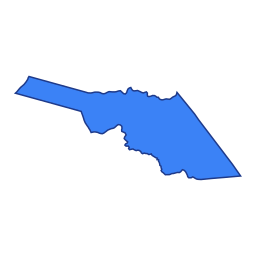 the district of Santo Antônio do Tauá, Pará, Brazil
{"feature_id": "56859067B37028774968371", "entity_name": "Santo Antônio do Tauá", "entity_type": "district", "adm_level": 2, "iso_a3": "BRA", "parent_name": "Brazil", "parent_adm1": "Pará", "projection": "mercator", "projection_center": [-48.203, -1.096], "detail": "fine", "context": "isolated", "style": "filled", "palette": "blue", "viewbox_px": 256, "rotation_deg": 0, "n_neighbors": 0, "source": "geoboundaries", "source_scale": "gbopen_adm2", "svg_char_len": 2261}
<svg xmlns="http://www.w3.org/2000/svg" viewBox="0 0 256 256"><path d="M91.1,132.5L93.5,132.0L94.9,131.9L96.7,132.2L98.0,132.5L99.2,133.1L101.0,133.6L102.4,133.7L103.8,133.1L106.4,131.2L107.6,130.2L109.4,129.4L111.1,128.7L113.1,128.3L114.3,127.8L115.7,126.6L117.0,125.4L118.2,124.6L120.3,124.9L121.8,126.3L122.0,128.4L121.6,129.9L121.8,131.4L125.0,132.8L126.1,134.9L124.6,137.1L124.2,138.6L125.2,139.7L126.6,141.0L127.7,141.9L127.1,143.2L125.6,143.9L124.9,145.1L126.0,146.1L128.3,146.1L129.2,147.4L128.6,148.6L129.5,149.7L131.3,149.3L133.0,149.0L134.5,149.9L136.1,150.6L137.7,150.2L139.1,150.4L140.7,151.5L141.4,152.9L142.6,153.7L144.2,153.1L145.7,153.5L147.4,153.6L148.6,154.5L149.9,154.4L151.2,153.9L152.1,155.4L154.2,156.7L155.8,157.7L157.3,158.2L157.0,159.6L158.5,159.7L158.5,161.2L159.3,162.5L159.7,164.0L159.9,165.4L161.0,166.2L161.1,167.9L161.8,169.2L161.1,170.5L161.9,171.8L163.2,172.7L165.3,174.7L169.6,174.6L171.8,173.6L173.4,173.5L174.9,173.1L176.3,172.7L177.8,172.4L179.2,172.6L180.5,171.9L181.6,170.7L182.4,169.7L183.8,170.1L185.1,171.2L186.0,172.4L187.4,175.3L187.7,176.6L188.6,177.7L189.9,177.8L191.4,177.7L192.6,176.9L193.8,177.4L195.0,178.2L196.5,179.0L197.9,179.3L201.0,179.5L211.1,178.5L221.8,177.6L223.2,177.5L240.6,176.0L232.5,164.4L227.1,157.3L226.1,156.0L224.7,154.1L217.7,144.9L198.6,119.8L194.6,114.0L177.0,92.4L176.5,94.2L175.8,95.6L172.7,97.1L171.1,98.4L169.6,99.3L166.1,98.9L164.6,99.3L163.3,99.7L162.0,99.9L160.1,99.4L159.1,98.5L158.4,97.3L156.8,97.2L155.8,96.3L154.6,95.6L152.6,95.5L150.9,96.2L148.9,96.6L147.6,96.2L147.3,94.5L147.4,93.1L146.4,91.9L144.7,92.4L143.4,92.9L141.8,92.5L140.3,91.7L137.6,90.5L134.6,90.9L133.1,90.7L131.9,89.6L130.8,87.5L129.3,88.0L128.1,88.9L127.3,90.5L126.6,92.7L125.3,94.0L123.7,93.7L122.6,92.7L120.4,90.7L118.4,91.0L116.2,91.7L114.9,91.9L112.3,91.9L109.1,91.6L107.8,92.1L106.6,92.7L105.1,93.5L103.4,93.8L101.6,93.4L100.5,92.7L98.6,92.2L95.9,92.1L94.4,92.2L92.5,92.7L90.9,93.0L88.1,92.9L85.8,92.2L29.0,76.5L28.2,77.8L27.8,79.2L26.0,82.0L24.0,84.5L20.7,87.3L19.5,88.6L16.8,91.9L15.4,93.2L63.6,106.5L81.2,111.4L81.6,112.7L82.1,114.0L83.1,116.8L83.6,118.4L84.1,120.1L84.7,121.6L85.3,122.9L87.2,125.8L88.1,127.0L89.0,128.6L90.0,130.1L91.1,132.5Z" fill="#3b82f6" stroke="#1e3a8a" stroke-width="1.5"/></svg>